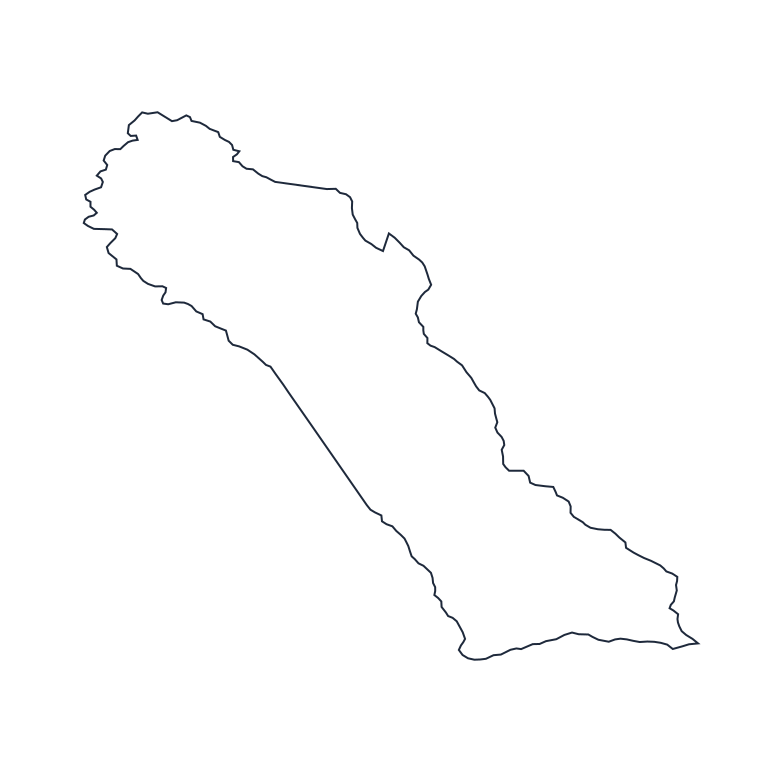 the district of Senador La Rocque, Maranhão, Brazil, rotated 82°
{"feature_id": "56859067B35743322866998", "entity_name": "Senador La Rocque", "entity_type": "district", "adm_level": 2, "iso_a3": "BRA", "parent_name": "Brazil", "parent_adm1": "Maranhão", "projection": "equal_earth", "projection_center": [-47.144, -5.381], "detail": "fine", "context": "isolated", "style": "outline", "palette": "slate", "viewbox_px": 768, "rotation_deg": 82, "n_neighbors": 0, "source": "geoboundaries", "source_scale": "gbopen_adm2", "svg_char_len": 3824}
<svg xmlns="http://www.w3.org/2000/svg" viewBox="0 0 768 768"><g transform="rotate(82 384 384)"><path d="M684.6,109.1L679.3,114.0L674.6,119.7L670.2,123.6L665.1,125.3L661.1,126.1L657.6,126.1L652.9,124.8L648.5,129.0L645.8,132.4L642.6,130.7L639.6,127.2L635.9,125.8L629.2,122.8L623.7,122.8L619.9,121.2L615.8,120.4L611.8,125.0L608.9,130.5L605.5,132.7L602.1,135.7L596.2,144.3L592.5,150.7L588.7,156.2L585.7,160.3L582.9,163.6L579.9,167.1L574.5,167.0L568.8,172.3L564.4,175.7L560.0,179.9L559.0,186.2L557.6,192.4L555.1,199.5L551.4,204.2L548.5,206.4L542.0,214.5L537.5,217.2L531.2,216.2L526.1,217.5L521.5,222.8L518.4,228.2L515.0,229.0L509.5,230.7L507.7,238.5L505.1,248.1L502.0,253.0L495.2,253.6L489.3,257.8L488.3,264.9L487.3,272.2L483.4,275.2L479.8,277.1L472.4,276.2L465.5,276.6L461.2,273.4L457.0,273.4L452.8,274.9L447.9,278.4L442.7,279.9L437.6,277.1L433.8,277.6L428.7,278.2L423.5,277.9L414.5,281.0L411.2,282.8L407.0,285.5L403.6,290.6L399.2,293.1L395.0,294.8L390.1,296.7L383.8,300.7L376.4,304.1L372.0,308.6L369.0,311.1L364.0,317.1L359.8,322.3L354.5,328.7L352.5,332.6L349.6,335.4L344.5,334.6L339.9,337.6L336.4,337.6L332.9,337.1L327.7,340.8L322.8,341.2L318.8,342.8L314.5,341.0L307.2,339.0L302.0,334.8L298.6,330.7L296.7,327.0L292.3,323.5L286.1,325.0L281.6,325.7L273.2,327.3L269.0,329.2L265.7,331.9L261.0,337.0L255.1,340.5L251.3,345.4L246.3,348.8L240.7,353.0L235.6,358.2L252.2,366.5L248.0,372.9L243.6,377.1L239.4,382.5L236.3,384.5L232.0,386.9L225.7,388.6L220.8,388.1L217.0,389.6L211.9,391.4L205.3,391.3L198.8,390.1L194.3,391.6L190.8,395.2L188.6,401.0L184.0,404.6L183.0,413.5L168.7,463.7L166.0,467.5L162.9,471.7L161.2,475.6L158.2,479.2L153.2,483.9L151.7,490.2L148.7,493.8L144.1,496.8L142.3,502.4L138.2,501.9L136.1,497.7L133.4,494.9L131.1,500.6L126.2,501.2L122.7,503.8L120.2,507.6L116.4,512.2L111.5,513.1L107.1,521.1L103.6,524.4L99.6,529.9L96.7,538.0L92.7,539.0L90.5,542.4L94.0,552.2L94.2,557.4L83.4,570.4L83.5,580.2L81.4,585.7L84.9,590.3L88.3,594.3L92.1,600.6L96.4,601.8L100.0,602.8L103.1,600.3L103.5,594.9L108.0,594.0L108.0,599.1L108.9,603.8L112.0,608.7L114.7,612.4L113.9,618.0L115.1,623.2L119.1,628.3L123.7,630.5L128.6,627.6L133.0,629.6L134.0,635.2L137.7,639.4L141.1,635.5L144.8,634.3L149.8,636.8L151.2,643.6L152.7,648.7L155.2,653.6L159.8,653.2L162.7,649.3L167.6,650.0L171.1,646.8L174.5,644.6L176.7,648.0L177.3,653.2L179.5,657.3L182.8,658.9L186.2,655.3L190.0,649.7L191.9,638.4L193.1,631.8L198.3,627.4L202.2,629.8L206.4,635.4L209.8,639.4L216.0,638.5L223.4,631.6L229.7,632.1L233.3,626.4L234.7,619.1L240.9,612.2L245.3,610.0L248.4,608.0L252.0,603.8L255.5,597.1L256.4,589.8L258.6,586.4L262.8,587.6L265.7,590.3L269.9,592.5L273.6,591.5L275.0,586.6L274.1,578.8L275.6,570.6L277.5,567.0L280.0,563.7L286.0,559.8L289.6,553.9L294.9,553.7L298.0,547.3L303.3,543.2L306.2,538.2L309.1,533.1L313.8,532.5L319.5,531.8L324.1,528.3L326.6,522.2L331.0,514.5L336.6,508.2L345.2,500.9L348.7,498.2L351.0,494.0L359.1,489.9L366.9,485.8L370.5,483.9L379.5,479.5L415.4,461.3L501.5,417.9L506.6,414.9L509.9,410.8L513.8,404.9L519.7,405.1L523.2,401.0L526.1,395.5L531.2,392.3L535.7,388.4L539.9,385.2L543.6,383.9L547.8,382.5L553.8,381.5L558.5,380.6L561.7,377.9L566.4,374.8L569.5,370.2L577.5,363.8L582.8,362.9L587.9,363.1L592.3,361.6L596.1,362.1L600.0,363.5L603.4,360.2L607.3,357.5L612.8,358.0L618.9,354.5L622.7,352.8L625.1,348.6L629.1,345.0L640.8,340.6L647.7,339.2L650.8,341.5L653.6,344.2L657.8,346.9L663.3,343.9L667.3,339.0L669.6,332.9L670.2,327.0L670.3,321.3L667.8,313.3L668.2,305.9L664.8,295.8L664.3,289.7L665.6,285.1L664.1,279.6L662.3,272.9L663.1,266.1L661.2,259.4L660.7,248.9L657.6,240.3L656.3,232.4L658.9,226.0L660.5,216.5L663.4,212.8L667.1,207.3L670.5,197.3L669.1,190.7L669.1,185.3L670.7,179.1L673.0,173.0L675.1,166.7L675.7,159.0L676.9,152.3L678.8,146.0L681.5,139.8L686.6,134.9L685.3,125.0L684.2,118.2L684.6,109.1Z" fill="none" stroke="#1e293b" stroke-width="2"/></g></svg>